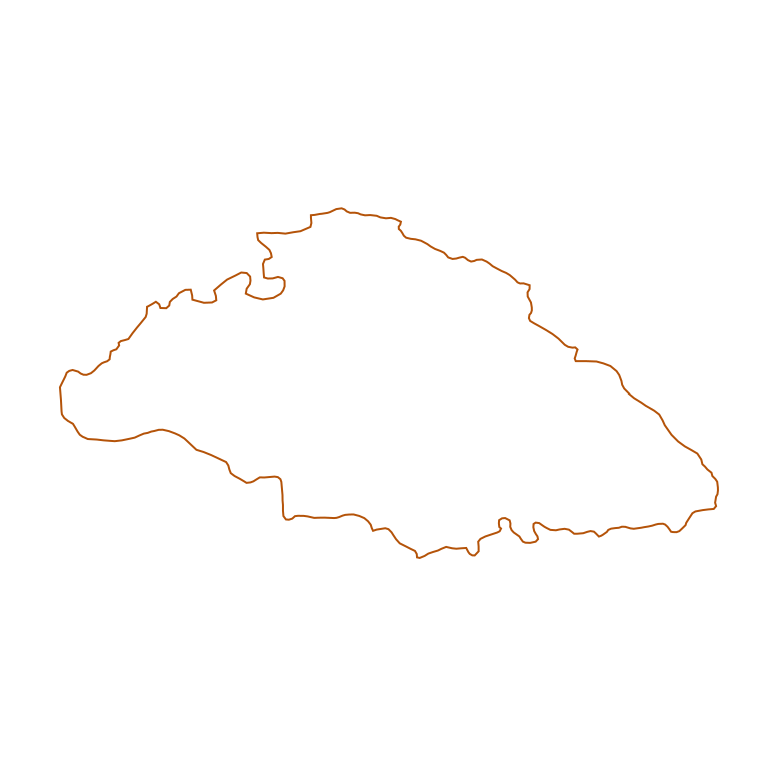 Ivatsevichy, Brest, Belarus, rotated 355°
{"feature_id": "67162791B15775504283911", "entity_name": "Ivatsevichy", "entity_type": "district", "adm_level": 2, "iso_a3": "BLR", "parent_name": "Belarus", "parent_adm1": "Brest", "projection": "natural_earth1", "projection_center": [25.561, 52.695], "detail": "fine", "context": "isolated", "style": "outline", "palette": "amber", "viewbox_px": 768, "rotation_deg": 355, "n_neighbors": 0, "source": "geoboundaries", "source_scale": "gbopen_adm2", "svg_char_len": 5286}
<svg xmlns="http://www.w3.org/2000/svg" viewBox="0 0 768 768"><g transform="rotate(355 384 384)"><path d="M154.7,286.4L153.7,293.3L152.4,296.5L146.7,302.4L142.8,306.3L137.9,311.5L133.3,316.9L129.4,317.7L125.6,318.3L123.2,319.9L123.5,322.5L120.4,326.1L117.4,326.8L114.6,327.9L114.0,330.6L113.3,332.9L112.8,335.5L110.2,337.2L106.9,338.0L104.6,338.8L101.1,341.2L98.6,343.5L96.6,345.3L93.0,347.7L88.6,348.9L85.5,348.6L82.7,347.1L80.4,345.0L75.0,342.9L71.6,343.5L68.9,345.1L67.2,348.6L65.2,351.9L63.6,354.5L60.9,359.0L60.8,371.8L60.4,383.2L60.5,386.2L62.5,390.0L66.0,393.3L70.7,396.6L72.3,399.8L74.6,404.7L76.5,408.0L79.2,410.3L81.1,411.3L84.1,413.0L93.0,414.3L99.8,415.7L105.2,416.6L110.8,417.5L117.9,417.3L125.6,416.4L131.0,415.7L136.0,413.9L140.4,412.5L144.4,412.1L148.0,411.1L151.0,410.8L155.7,410.0L159.7,410.3L165.6,412.2L171.5,415.0L175.6,417.3L180.4,420.9L183.2,424.0L186.3,427.5L191.4,433.2L198.3,436.0L205.4,439.6L219.9,448.0L221.8,451.6L222.5,455.7L223.6,459.5L227.2,462.7L232.0,465.8L236.3,468.9L238.4,470.5L242.4,470.4L245.4,469.6L248.3,468.1L252.1,466.2L256.7,466.7L261.5,466.7L266.9,466.7L270.1,467.5L272.5,469.8L273.2,472.6L273.2,475.4L273.2,478.6L273.2,485.8L272.8,491.2L272.8,495.7L272.3,501.5L272.3,506.8L274.5,510.4L277.4,510.9L280.9,510.1L283.8,507.9L286.8,507.8L292.6,508.4L296.2,509.2L302.8,511.3L307.1,511.5L312.7,511.9L316.5,512.4L322.6,513.2L325.0,513.2L327.5,512.7L331.3,511.5L333.9,511.0L337.9,511.0L342.3,511.3L347.9,513.3L352.7,515.9L356.2,519.4L358.5,523.0L359.3,526.6L360.3,529.3L364.0,528.4L372.7,527.8L375.8,529.0L378.6,532.4L380.2,535.5L382.5,539.7L385.8,544.1L392.3,548.1L396.1,550.5L400.3,553.0L401.8,556.2L401.8,559.6L404.4,560.4L409.5,558.8L413.4,556.8L418.3,555.6L423.2,554.6L426.8,553.2L431.7,551.7L437.6,553.6L441.7,554.4L446.4,554.4L451.6,554.5L452.4,556.4L453.4,558.8L454.6,560.7L457.0,562.4L459.4,562.7L463.7,558.9L464.1,553.9L464.1,549.3L466.6,546.7L471.7,544.7L477.1,543.4L483.9,541.8L486.4,540.8L488.0,538.2L486.4,536.5L486.3,532.8L486.8,529.7L489.9,528.1L493.0,528.1L497.3,530.8L497.8,533.9L497.3,537.3L498.4,540.7L500.3,543.2L502.9,545.4L505.6,547.7L506.8,550.1L508.6,553.1L511.0,554.4L515.8,555.0L521.3,554.3L523.9,552.0L523.6,549.2L522.2,546.7L520.8,543.6L520.3,539.7L520.8,536.5L523.0,535.3L526.5,536.1L529.2,538.4L531.5,540.3L533.6,541.7L537.0,543.8L542.5,544.7L546.3,544.2L551.3,544.0L555.5,545.2L558.8,548.2L560.3,549.7L563.1,550.0L565.8,550.0L569.5,550.0L573.6,549.0L576.9,548.5L580.3,549.4L582.1,551.4L584.8,554.7L587.1,554.1L588.8,553.3L593.1,550.8L594.7,548.9L597.6,547.9L601.7,547.7L605.5,547.7L608.6,546.9L611.9,547.3L616.9,549.3L620.2,550.0L627.8,549.6L630.7,549.3L634.9,549.0L638.8,548.5L642.3,547.7L645.0,547.3L649.7,547.5L651.8,548.5L654.0,550.9L655.6,553.5L657.1,556.2L658.9,556.7L662.5,557.1L665.4,556.3L668.2,554.1L672.1,550.9L673.0,548.6L676.3,544.3L678.2,541.9L680.0,539.6L683.1,538.1L690.6,537.4L696.1,537.2L701.6,537.2L704.2,534.6L703.5,531.1L704.2,528.4L705.0,525.2L706.6,522.9L707.4,519.2L707.6,516.1L707.4,510.4L705.8,507.5L703.1,504.3L702.5,500.9L700.7,499.2L698.7,497.3L696.5,494.2L694.2,491.7L693.5,486.9L690.1,480.6L684.2,476.4L678.3,472.4L672.0,466.9L666.0,459.7L660.1,449.5L658.4,444.6L655.5,438.4L650.8,434.1L642.8,428.5L639.0,425.3L631.9,420.0L627.2,415.4L627.5,415.0L622.9,409.4L621.2,405.5L620.8,401.6L619.1,395.5L616.8,391.4L611.1,385.8L604.4,382.6L597.6,380.1L587.8,378.9L577.0,377.9L576.2,375.1L577.3,372.7L578.7,368.9L579.8,366.5L577.7,364.2L574.9,364.2L570.7,363.0L567.5,360.7L561.8,354.0L556.1,348.8L549.8,344.1L543.0,339.4L538.8,336.6L535.1,333.9L534.1,331.0L534.9,327.8L536.7,326.0L537.7,323.5L537.9,320.6L537.5,315.6L534.8,309.4L535.0,305.2L537.3,302.1L537.7,298.3L531.8,295.9L528.3,295.7L527.6,295.3L527.1,295.1L525.8,294.3L523.7,291.5L520.3,288.0L518.7,286.4L515.4,284.0L511.1,281.7L506.1,278.5L502.5,276.1L499.7,273.3L496.9,271.0L492.4,268.5L487.1,268.4L484.6,269.3L481.4,269.6L478.4,267.9L475.8,265.3L473.6,264.2L469.9,264.7L467.0,265.3L463.2,265.4L459.0,263.5L457.2,260.8L455.2,258.4L451.6,256.3L446.6,253.9L442.4,251.0L439.4,248.4L436.2,246.3L433.4,244.5L427.9,242.6L423.3,241.7L418.8,240.2L416.7,238.0L415.4,235.2L414.1,232.8L412.3,230.9L412.4,228.5L414.1,226.6L415.0,223.8L411.6,221.9L409.7,220.7L405.4,219.1L400.4,219.1L394.9,217.7L391.4,215.8L385.0,214.5L379.8,214.3L375.5,213.0L373.0,211.6L369.8,210.8L365.1,210.5L361.9,208.8L359.9,206.7L357.1,205.3L351.7,205.6L348.5,206.8L345.0,208.1L342.7,208.6L336.7,209.0L335.0,209.0L329.7,209.5L325.9,209.5L325.7,212.1L325.7,217.3L324.4,221.1L314.1,224.5L306.9,224.9L298.9,225.6L291.3,224.2L285.1,223.9L277.5,222.8L270.8,222.8L270.8,226.6L271.2,229.7L273.9,232.8L278.3,237.0L281.5,240.4L282.8,243.9L283.2,247.7L280.1,249.4L276.1,249.7L273.9,253.9L273.9,258.0L273.8,263.2L273.8,267.4L277.4,268.8L282.3,269.1L287.7,268.1L292.2,269.8L293.9,272.6L293.5,278.1L291.7,281.9L289.0,285.0L281.4,288.5L270.7,289.2L262.2,286.4L254.2,281.9L255.5,277.1L259.1,272.9L260.0,269.4L260.0,265.3L256.9,261.5L251.5,260.5L245.7,262.9L236.8,266.3L230.1,270.8L222.9,276.0L224.2,281.6L224.2,286.0L219.8,287.8L211.7,287.4L200.5,283.3L200.6,279.1L199.7,273.2L194.3,272.9L187.6,275.7L184.9,278.8L180.9,280.9L177.8,283.6L176.9,287.1L173.7,289.5L167.9,288.8L167.0,285.0L163.9,282.2L160.3,284.0L155.9,286.0L154.7,286.4Z" fill="none" stroke="#b45309" stroke-width="2"/></g></svg>